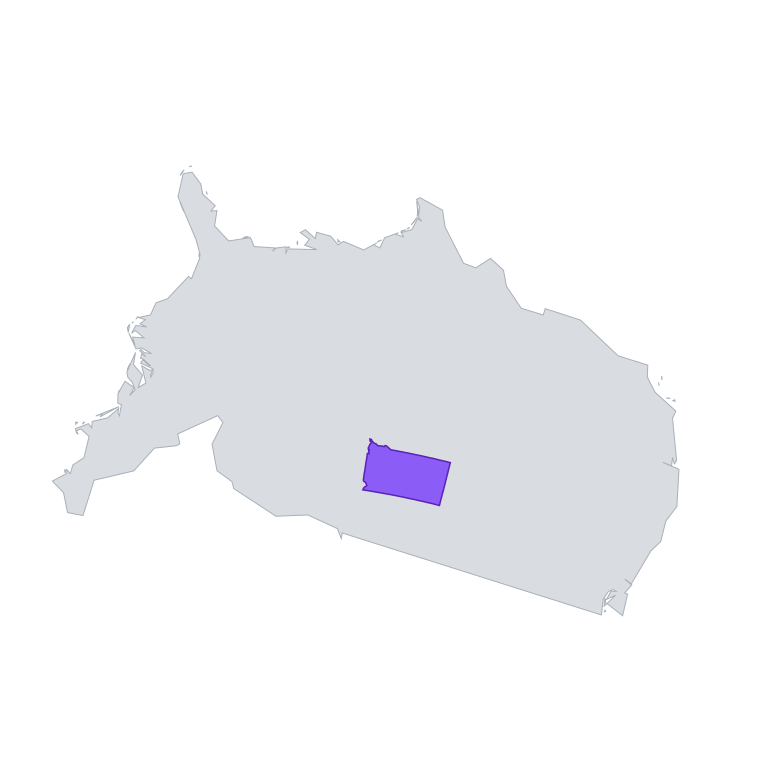 where South Dakota sits in United States of America, rotated 190°
{"feature_id": "USA-3534", "entity_name": "South Dakota", "entity_type": "State", "adm_level": 1, "iso_a3": "USA", "parent_name": "United States of America", "parent_adm1": "", "projection": "albers", "projection_center": [-98.157, 44.23], "detail": "fine", "context": "in_parent", "style": "filled", "palette": "violet", "viewbox_px": 768, "rotation_deg": 190, "n_neighbors": 0, "source": "natural_earth", "source_scale": "10m", "svg_char_len": 6892}
<svg xmlns="http://www.w3.org/2000/svg" viewBox="0 0 768 768"><g transform="rotate(190 384 384)"><path d="M615.3,255.0L652.8,238.9L657.6,202.2L673.3,202.4L680.7,221.3L693.7,230.8L680.9,240.9L681.4,244.7L677.4,241.2L676.4,250.1L666.7,259.4L665.3,281.2L674.7,287.1L678.8,284.5L676.4,281.4L678.4,282.5L680.1,286.5L668.1,293.6L664.3,290.1L664.8,296.5L650.2,302.7L641.1,313.9L641.0,309.2L639.1,306.7L639.0,318.1L642.8,318.9L644.3,328.1L639.6,341.7L629.4,337.0L632.4,328.5L628.1,335.1L632.5,342.3L637.3,345.9L639.3,350.8L634.2,372.0L634.1,359.6L623.4,350.8L625.5,337.8L618.6,343.5L625.8,359.8L616.9,356.7L614.4,357.9L615.4,351.9L614.8,350.3L613.3,355.2L614.1,358.8L627.4,362.4L625.6,366.1L618.9,361.5L616.7,361.1L625.0,366.5L628.2,367.1L627.7,371.9L623.3,369.5L630.5,374.5L629.4,375.8L625.8,373.2L618.2,373.6L628.7,377.4L634.4,375.6L644.2,389.8L636.0,379.1L639.7,386.5L628.4,387.8L638.2,393.5L641.5,390.2L638.5,398.6L627.5,398.9L634.8,400.9L630.2,405.9L637.3,406.8L626.0,411.5L622.6,424.4L612.1,430.3L595.2,455.9L591.9,454.2L587.5,475.0L587.7,479.8L594.2,493.6L619.4,532.6L618.3,556.2L609.9,559.3L599.1,549.1L595.5,539.5L581.2,530.3L584.4,524.3L578.6,525.7L578.3,510.3L561.8,497.9L540.9,505.0L535.8,496.8L514.7,499.1L516.9,495.4L513.7,499.2L504.3,502.1L503.4,495.3L502.4,500.3L473.5,504.7L486.2,506.9L482.6,513.5L492.7,518.6L488.2,522.3L476.9,515.3L476.8,521.7L462.1,520.3L453.4,513.0L448.7,517.4L427.3,512.5L415.4,521.8L418.4,519.3L411.7,517.3L408.7,528.2L395.9,535.5L398.9,533.4L390.3,532.4L393.4,536.0L383.4,540.8L379.6,552.7L375.1,550.8L379.0,554.0L379.8,564.8L384.0,571.4L381.0,573.7L356.5,565.4L351.2,549.3L326.6,516.7L313.8,514.3L300.9,526.2L286.1,516.8L280.4,501.5L262.0,482.4L239.2,479.6L238.3,486.2L201.7,481.1L158.3,452.4L127.5,448.4L125.9,436.5L115.7,423.0L91.9,408.0L93.9,400.2L82.5,359.3L84.2,355.8L87.1,361.7L86.6,353.3L95.8,355.3L78.7,351.2L74.3,314.2L82.7,297.9L84.1,277.0L92.3,265.8L105.7,230.2L113.0,233.6L105.1,229.1L110.6,220.1L107.6,219.3L108.8,197.2L126.2,206.5L119.3,216.2L127.6,210.4L124.4,219.2L119.3,220.1L122.4,221.5L126.9,218.8L130.8,209.9L129.8,194.3L399.3,230.0L399.2,224.3L404.8,233.5L436.4,241.8L467.4,235.0L513.8,254.9L516.7,261.4L533.4,269.6L542.9,294.9L535.9,318.1L542.3,324.0L578.5,299.0L574.7,289.6L577.8,287.1L599.0,281.0L615.3,255.0ZM656.1,305.6L662.3,302.4L641.1,315.7L657.9,302.4L656.1,305.6ZM128.7,203.5L129.4,209.9L129.0,210.8L126.9,205.4L128.7,203.5ZM383.6,569.5L380.2,560.0L380.4,554.6L380.9,560.3L383.6,569.5ZM682.6,241.0L683.6,244.0L682.4,243.8L682.6,241.0ZM453.8,515.8L454.6,518.0L452.1,516.4L453.8,515.8ZM99.6,419.5L102.8,419.1L103.0,419.5L99.6,419.5ZM96.6,417.8L95.0,419.0L94.4,417.4L96.6,417.8ZM674.1,292.1L673.0,294.5L672.3,294.2L674.1,292.1ZM382.2,549.5L380.4,553.9L384.8,545.4L382.2,549.5ZM611.6,519.7L616.5,527.4L610.9,519.0L611.6,519.7ZM113.1,430.6L113.9,433.2L112.9,430.7L113.1,430.6ZM620.0,557.1L617.9,560.3L621.1,553.8L620.0,557.1ZM646.5,394.9L644.8,398.9L644.8,390.4L646.5,394.9ZM127.6,198.0L127.1,199.7L126.3,198.5L127.6,198.0ZM393.5,537.8L388.9,539.8L393.6,537.1L393.5,537.8ZM680.5,290.8L681.1,292.9L679.1,293.1L680.5,290.8ZM111.5,436.9L111.8,440.0L111.0,437.1L111.5,436.9ZM387.7,541.5L385.9,542.6L387.5,540.9L387.7,541.5ZM639.2,354.6L637.7,359.9L639.1,352.8L639.2,354.6ZM414.1,523.8L411.1,525.6L415.3,522.5L414.1,523.8ZM588.5,477.2L588.6,480.8L587.9,478.4L588.5,477.2ZM638.4,407.1L637.7,408.0L639.7,404.6L638.4,407.1ZM548.5,503.0L545.2,505.4L543.7,505.3L548.5,503.0ZM502.9,501.6L502.3,502.3L500.2,502.4L502.9,501.6ZM591.6,540.6L592.6,542.9L590.9,540.2L591.6,540.6ZM494.2,507.6L493.9,510.0L493.2,505.9L494.2,507.6ZM612.8,564.7L610.8,565.4L613.6,564.1L612.8,564.7ZM644.1,329.8L643.5,332.3L644.1,328.8L644.1,329.8ZM642.9,400.1L641.9,401.3L641.7,401.3L642.9,400.1Z" fill="#d9dde1" stroke="#a8b0b8" stroke-width="1"/><path d="M307.3,288.2L307.4,287.1L307.5,285.4L307.6,283.8L307.7,282.2L307.9,280.5L308.0,278.9L308.1,277.3L308.2,275.7L308.3,274.0L311.1,274.2L313.5,274.4L315.9,274.6L318.4,274.7L320.8,274.8L323.2,275.0L325.6,275.1L328.1,275.2L330.5,275.3L332.9,275.5L335.4,275.6L337.8,275.6L340.2,275.7L342.7,275.8L345.1,275.9L347.5,276.0L350.0,276.0L352.4,276.1L354.8,276.1L357.3,276.2L359.7,276.2L362.1,276.2L364.5,276.2L367.0,276.2L369.4,276.2L371.8,276.2L374.3,276.2L376.7,276.2L379.1,276.2L381.6,276.2L384.0,276.1L386.4,276.1L386.3,276.3L386.3,276.5L386.2,277.4L386.1,277.6L385.9,278.0L385.6,278.8L385.5,279.0L385.4,279.1L385.1,279.3L384.4,279.8L384.0,280.1L383.7,280.4L383.6,280.5L383.4,280.9L383.3,281.3L383.6,281.6L384.1,282.2L384.4,282.6L384.8,283.5L385.0,283.9L385.2,284.1L386.0,284.2L386.5,284.3L386.8,284.5L387.2,284.9L387.3,285.0L387.6,285.5L387.7,286.3L387.8,289.6L387.9,292.9L387.9,296.2L388.0,299.5L388.1,302.8L388.1,306.1L388.2,309.4L388.3,312.7L386.7,312.8L386.8,313.0L386.8,313.3L386.8,313.5L386.8,313.8L387.1,314.1L387.4,314.4L387.4,314.5L387.5,315.4L387.4,315.8L387.2,315.9L387.0,316.0L387.2,316.3L387.2,316.5L387.1,316.8L387.3,316.9L387.5,316.9L387.7,317.0L387.8,317.0L387.9,316.9L388.0,316.9L388.1,317.0L388.2,317.3L388.3,317.9L388.3,318.1L388.4,318.3L388.3,319.0L388.2,319.1L387.8,319.6L387.9,319.8L387.9,320.0L387.8,320.3L387.8,320.5L387.8,320.8L387.7,321.0L387.5,321.3L387.5,321.8L387.4,322.0L387.3,322.4L387.3,322.5L387.2,322.6L387.0,322.8L386.9,322.8L386.9,323.0L386.6,323.4L386.5,323.6L386.5,323.8L386.5,324.0L386.6,324.3L386.7,324.5L386.8,324.7L386.9,324.8L387.5,325.2L387.6,325.3L387.8,325.4L387.8,325.5L387.7,325.6L387.6,325.8L387.8,325.9L387.8,326.0L388.0,326.2L388.0,326.3L388.0,326.5L388.3,326.9L388.3,327.5L386.8,327.2L386.6,327.1L386.5,326.9L386.5,326.6L386.4,326.4L385.9,326.0L385.8,325.9L385.8,325.7L385.9,325.4L385.8,325.2L385.7,325.1L385.4,325.1L385.0,325.1L384.8,325.1L384.7,325.0L384.7,324.9L384.5,324.7L384.4,324.5L384.3,324.3L384.1,324.2L383.1,324.1L382.9,324.1L382.7,323.9L382.3,323.7L382.0,323.6L381.9,323.6L381.3,323.6L381.1,323.5L380.8,323.4L380.6,323.2L380.2,322.8L379.8,322.4L379.6,322.2L379.4,322.1L379.1,322.1L377.0,322.5L376.7,322.5L375.9,322.3L375.6,322.4L375.2,322.6L374.9,322.6L374.6,322.4L374.4,322.4L374.0,322.5L373.2,322.3L372.8,322.5L372.7,322.5L372.6,322.9L372.4,323.3L372.1,323.6L371.7,323.7L371.4,323.7L370.6,323.4L370.4,323.1L368.8,322.3L368.3,321.9L367.9,321.6L367.7,321.6L366.5,320.8L366.4,320.7L366.2,320.4L365.1,320.4L363.2,320.4L361.4,320.4L359.5,320.4L357.6,320.3L355.8,320.3L353.9,320.3L352.0,320.2L350.2,320.2L348.3,320.2L346.4,320.1L344.5,320.1L342.7,320.0L340.8,319.9L338.9,319.9L337.1,319.8L335.2,319.8L333.3,319.7L331.5,319.6L329.6,319.5L327.7,319.4L325.8,319.3L324.0,319.3L322.1,319.2L320.2,319.1L318.4,318.9L316.5,318.8L314.6,318.7L312.8,318.6L310.9,318.5L309.0,318.4L307.2,318.2L305.0,318.1L305.2,316.2L305.3,314.3L305.4,312.5L305.6,310.6L305.7,308.7L305.8,306.9L306.0,305.0L306.1,303.1L306.2,301.2L306.4,299.4L306.5,297.5L306.6,295.6L306.8,293.7L306.9,291.9L307.0,290.0L307.2,288.1L307.3,288.2Z" fill="#8b5cf6" stroke="#5b21b6" stroke-width="1.5"/></g></svg>